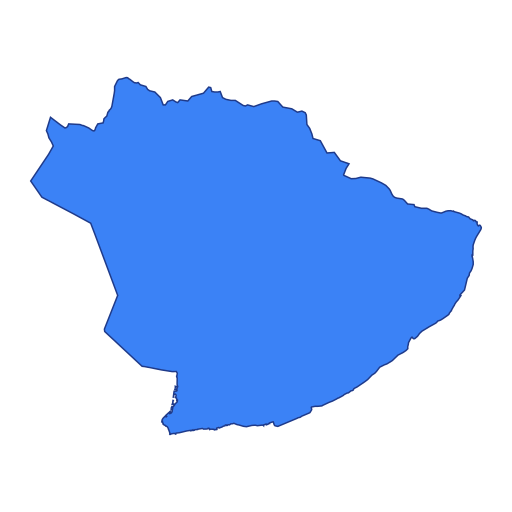 Kota Balikpapan, Kalimantan Timur, Indonesia
{"feature_id": "22746128B66626446070966", "entity_name": "Kota Balikpapan", "entity_type": "district", "adm_level": 2, "iso_a3": "IDN", "parent_name": "Indonesia", "parent_adm1": "Kalimantan Timur", "projection": "orthographic", "projection_center": [116.897, -1.161], "detail": "fine", "context": "isolated", "style": "filled", "palette": "blue", "viewbox_px": 512, "rotation_deg": 0, "n_neighbors": 0, "source": "geoboundaries", "source_scale": "gbopen_adm2", "svg_char_len": 6009}
<svg xmlns="http://www.w3.org/2000/svg" viewBox="0 0 512 512"><path d="M208.7,87.1L203.5,93.2L191.7,96.5L187.8,101.0L180.0,99.9L177.7,102.6L176.0,102.0L172.7,99.9L167.8,101.4L165.4,104.9L163.2,104.9L160.4,97.6L154.8,92.0L149.7,90.8L147.6,89.4L145.9,86.5L140.3,84.8L138.1,82.5L136.9,83.0L134.4,82.7L132.9,81.7L129.7,79.2L128.5,78.6L127.7,77.7L126.7,77.7L126.3,77.5L121.8,78.9L118.9,79.3L117.7,80.4L117.3,81.0L114.6,86.5L114.6,90.6L114.2,93.5L111.9,106.2L111.3,107.9L110.5,109.1L109.1,110.4L109.0,111.1L107.9,112.2L106.8,116.1L105.1,117.6L103.9,118.9L103.7,120.8L103.1,122.9L97.8,123.9L95.6,127.8L95.3,129.1L94.5,130.7L93.3,130.9L91.9,130.2L88.8,128.0L83.5,125.6L82.5,125.5L79.9,124.5L68.7,123.9L67.6,126.5L67.4,126.6L66.5,127.5L65.0,128.0L60.6,125.0L50.5,117.3L46.4,130.6L47.9,134.0L48.9,137.8L51.5,142.0L53.3,146.0L48.6,154.3L30.7,181.0L41.9,197.2L73.6,213.9L90.7,223.2L95.0,234.5L117.7,295.4L104.4,329.1L104.7,331.5L142.1,366.3L144.8,366.6L161.5,369.9L172.2,371.6L176.3,371.5L177.1,372.8L177.3,373.8L177.0,374.8L177.0,375.5L176.6,376.1L176.7,376.9L177.0,377.0L177.2,378.4L177.1,384.2L177.6,386.5L175.7,386.5L175.3,386.3L175.3,387.5L175.5,387.4L175.8,386.7L177.5,386.7L176.9,388.8L176.6,388.9L176.4,389.1L175.1,389.1L174.8,389.3L174.9,389.5L176.9,389.5L177.0,390.6L176.8,390.9L175.9,391.2L174.1,391.2L173.3,397.1L173.6,397.1L173.9,394.3L175.5,394.2L176.1,395.2L176.1,395.8L175.5,397.6L176.5,398.1L176.6,398.9L177.0,399.8L177.9,400.1L176.9,399.9L176.8,400.2L176.1,400.1L177.2,400.3L177.1,400.5L176.1,400.4L177.4,400.9L177.1,402.0L174.8,404.2L172.8,403.9L173.0,401.1L173.2,400.6L173.3,400.7L173.3,401.2L173.5,400.0L173.3,400.4L173.0,400.4L172.6,403.5L172.2,404.1L173.0,404.2L173.0,404.4L173.3,404.4L174.8,404.5L173.9,405.9L173.7,406.1L173.4,406.1L173.0,406.8L172.6,406.9L171.9,406.6L171.8,407.1L172.0,406.9L172.7,407.1L172.8,407.8L172.5,409.3L171.4,409.1L171.2,408.8L171.1,409.4L171.2,409.5L171.4,409.3L172.3,409.5L172.1,410.1L172.3,410.9L172.0,411.9L171.3,412.8L170.1,411.5L170.1,411.4L169.8,411.6L169.7,411.8L170.0,411.7L171.0,413.0L169.8,413.7L169.4,413.3L169.6,413.0L169.2,413.2L168.7,412.7L165.9,415.3L166.0,415.6L166.7,416.4L166.1,416.9L165.2,416.1L163.3,418.0L162.3,419.4L161.8,421.4L162.0,421.6L162.2,421.2L162.5,421.3L162.4,421.9L162.2,422.1L162.5,422.2L162.8,423.0L163.2,423.4L163.0,424.0L164.3,425.1L165.1,425.3L165.7,426.1L166.3,426.1L167.4,426.9L168.3,428.5L168.5,429.5L168.9,430.2L169.9,433.2L169.7,434.2L170.0,434.5L170.6,434.3L170.6,434.0L170.9,433.9L174.1,433.4L175.1,433.6L175.3,434.0L175.7,434.1L175.8,433.4L176.1,433.1L179.5,432.7L186.9,430.9L190.4,430.4L190.6,430.8L191.0,430.8L191.4,430.6L191.6,430.3L192.2,430.1L192.8,430.5L193.1,430.0L193.4,430.4L194.1,430.3L194.4,430.2L194.8,429.7L197.6,429.5L197.7,429.2L202.1,428.5L202.5,428.5L203.6,429.1L206.9,429.0L207.8,428.7L208.1,428.5L208.1,428.3L208.9,428.2L209.4,428.6L209.4,429.3L209.7,429.6L210.2,429.2L212.0,429.2L214.0,429.3L214.3,429.9L216.3,429.5L216.6,429.6L216.9,429.5L216.6,428.3L216.9,428.0L218.7,427.5L219.2,428.0L222.0,427.0L223.3,426.2L225.0,425.8L225.1,425.3L225.3,425.1L226.2,424.9L226.6,425.5L227.4,425.4L228.0,424.7L228.4,424.7L229.3,424.9L229.9,424.6L230.6,423.9L232.8,423.7L233.9,423.3L237.0,424.6L239.1,425.0L243.4,426.3L246.5,426.7L251.9,425.4L255.3,425.2L257.4,425.7L262.1,425.1L263.2,425.3L263.5,425.6L263.5,425.0L263.7,424.8L264.9,424.7L265.2,424.6L265.2,424.3L265.9,424.1L266.4,424.3L266.6,424.6L266.8,424.3L267.1,424.5L267.7,424.4L268.2,423.9L268.5,423.9L268.8,423.5L269.5,423.5L269.4,423.1L269.8,422.8L273.1,421.8L273.3,422.0L274.2,424.8L274.8,425.6L275.1,425.8L277.8,426.4L297.1,418.3L297.9,417.8L300.1,417.3L301.9,416.1L309.2,413.0L309.8,412.7L310.2,412.2L311.6,409.8L311.7,409.3L311.3,407.8L311.3,407.3L311.6,407.0L315.1,406.3L317.8,406.3L321.9,405.9L322.6,405.4L329.2,402.3L332.4,401.1L336.7,398.9L337.9,398.1L338.7,398.0L339.9,397.2L340.3,397.1L343.3,395.4L344.1,394.6L347.2,393.0L348.0,393.0L348.9,392.5L351.0,390.8L352.0,390.7L353.3,390.0L353.7,388.9L354.6,388.2L357.0,387.0L364.8,381.7L367.6,379.6L371.9,375.1L374.8,373.2L376.5,371.4L379.7,367.2L384.4,364.8L386.9,363.9L391.5,361.1L392.4,360.5L398.0,355.1L403.4,352.3L406.0,350.5L407.8,348.7L407.7,346.7L408.3,344.5L408.5,342.7L410.8,338.3L411.8,337.2L412.2,337.2L412.6,337.9L413.5,338.7L414.5,338.7L414.9,338.5L417.5,336.3L419.5,333.5L421.9,331.2L429.1,326.8L435.1,323.5L436.2,322.8L438.0,320.9L439.5,320.5L440.7,320.0L442.8,318.7L448.5,314.7L449.2,313.8L449.3,313.2L449.7,312.7L451.1,310.9L451.4,310.8L451.5,310.1L453.2,307.0L454.3,305.3L454.8,304.1L456.2,302.0L458.0,300.0L460.7,295.9L460.8,295.7L459.9,295.7L459.9,295.0L464.5,290.0L467.3,278.2L469.1,275.5L469.5,273.0L471.0,270.9L472.0,268.6L473.2,264.5L473.2,261.8L472.6,258.1L472.0,256.0L472.1,255.3L472.5,255.7L472.8,255.3L472.8,250.9L473.1,248.8L473.0,246.6L473.2,244.9L474.8,240.2L475.8,237.9L476.8,236.1L480.6,229.9L481.1,228.8L481.3,227.4L480.5,225.9L480.0,225.3L479.3,225.2L478.3,225.9L477.5,225.0L477.0,223.2L477.2,222.2L477.0,221.8L476.1,221.8L475.6,220.8L474.8,220.3L473.7,220.8L473.3,220.6L472.9,219.9L470.1,218.8L468.6,217.0L467.9,216.8L467.3,216.8L466.1,216.3L465.4,215.8L463.3,215.1L461.1,213.8L459.4,213.1L454.7,211.8L454.1,211.6L453.6,211.1L453.3,211.4L450.7,210.7L447.9,210.8L445.9,211.2L442.8,212.5L441.1,213.1L437.1,212.3L431.7,210.9L428.7,209.1L426.9,208.3L421.5,208.3L414.8,206.7L414.0,204.6L407.6,204.0L404.4,200.4L403.2,199.4L402.1,198.9L396.8,198.1L394.5,197.3L392.9,195.8L391.7,193.8L390.2,190.4L389.1,188.8L385.8,185.4L381.5,182.9L372.9,178.9L370.1,178.1L360.8,177.2L355.9,178.5L351.2,178.7L343.9,175.4L343.6,174.8L346.1,168.4L349.0,163.8L340.4,160.8L334.3,152.4L327.0,153.0L320.3,140.7L313.0,138.5L311.9,134.0L309.7,128.4L306.9,124.5L306.3,115.0L305.2,112.7L301.9,111.1L297.4,112.2L291.8,108.8L282.8,107.1L277.8,101.5L274.5,101.0L271.7,101.0L261.6,103.8L253.8,106.6L247.6,104.9L245.4,106.0L243.2,105.5L235.3,100.4L230.9,100.4L225.8,99.3L222.5,97.6L220.2,91.5L218.0,92.0L214.6,92.0L211.8,91.5L210.7,87.6L208.7,87.1Z" fill="#3b82f6" stroke="#1e3a8a" stroke-width="1.5"/></svg>